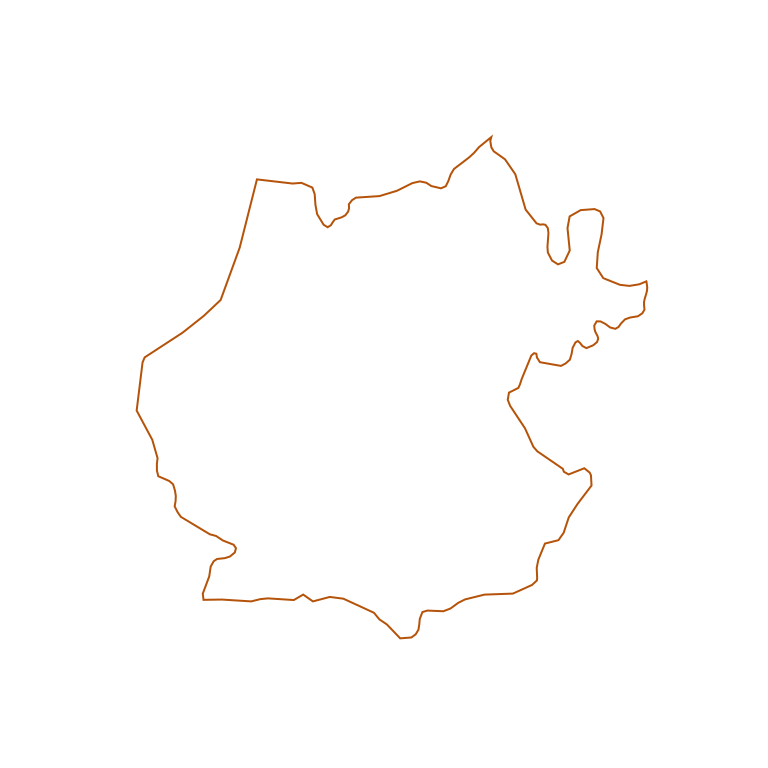 outline of Viljandi, rotated 203°
{"feature_id": "EST-2350", "entity_name": "Viljandi", "entity_type": "County", "adm_level": 1, "iso_a3": "EST", "parent_name": "Estonia", "parent_adm1": "", "projection": "albers", "projection_center": [25.42, 58.32], "detail": "fine", "context": "isolated", "style": "outline", "palette": "amber", "viewbox_px": 768, "rotation_deg": 203, "n_neighbors": 0, "source": "natural_earth", "source_scale": "10m", "svg_char_len": 2506}
<svg xmlns="http://www.w3.org/2000/svg" viewBox="0 0 768 768"><g transform="rotate(203 384 384)"><path d="M297.6,593.6L294.1,591.5L291.6,587.2L287.1,574.0L284.5,569.0L277.6,563.3L270.6,562.1L265.7,566.9L265.2,579.5L276.0,599.2L278.6,610.8L270.9,620.9L258.5,627.3L252.5,627.3L246.8,622.5L242.2,606.8L238.7,588.9L233.5,573.9L223.5,567.1L205.5,567.5L196.4,570.2L188.0,575.5L182.6,581.0L182.4,580.8L179.5,575.9L178.4,572.8L177.8,569.1L177.4,564.9L176.7,561.1L175.3,557.9L173.3,554.3L173.8,550.1L176.7,545.6L183.5,541.3L187.4,537.7L189.5,532.2L190.4,528.1L192.6,525.2L197.9,524.4L203.6,525.8L209.1,526.2L212.7,524.8L213.3,519.9L211.5,516.6L209.9,514.6L206.2,511.6L204.5,509.3L204.3,505.9L206.4,501.6L211.7,496.1L216.2,496.5L219.6,498.4L222.4,499.3L224.0,497.1L224.5,491.0L223.1,485.2L222.4,479.0L224.9,473.8L228.2,469.8L249.0,465.0L253.5,468.1L255.6,471.4L257.9,471.0L259.5,467.8L259.2,442.4L258.7,436.7L258.8,432.9L265.6,424.9L263.9,417.8L259.4,413.2L236.9,398.3L222.0,384.6L216.5,381.9L186.3,375.8L184.1,373.5L178.7,372.9L166.7,384.7L160.0,382.8L157.8,380.8L153.3,371.6L159.0,349.2L161.8,333.4L160.5,317.3L162.4,308.4L173.5,300.0L173.3,282.6L171.6,274.5L167.1,265.0L166.5,262.9L169.2,256.9L183.5,241.4L209.2,229.4L225.2,217.4L230.2,211.5L235.1,203.3L240.6,198.0L255.5,192.4L259.5,189.1L259.3,181.8L257.6,176.5L256.3,171.3L257.0,166.1L259.7,161.4L269.7,156.2L287.4,163.8L296.2,165.5L303.9,169.5L337.5,170.5L350.7,166.8L364.5,156.1L376.1,158.6L382.6,149.9L407.1,141.3L413.7,137.7L421.3,132.0L449.1,122.2L465.8,114.8L468.9,120.2L469.7,138.6L472.2,148.3L471.5,154.3L469.3,157.7L462.5,161.5L458.5,164.9L455.5,170.6L456.1,175.0L459.6,177.3L471.1,177.0L479.3,178.5L485.5,177.6L519.0,182.3L523.7,185.2L528.9,189.6L530.1,194.8L531.9,199.6L534.7,204.1L538.9,209.2L543.7,210.8L555.7,210.9L559.1,215.4L561.8,221.6L563.5,227.3L575.5,242.1L601.3,262.9L614.7,309.6L614.7,315.0L589.5,352.5L576.6,376.1L567.2,397.5L570.1,453.0L580.9,522.7L546.5,532.8L538.6,536.9L526.7,536.8L522.0,531.7L517.1,522.1L511.9,514.2L501.8,507.0L497.1,506.3L494.9,509.5L494.4,512.9L493.6,516.2L488.2,520.8L485.5,524.2L484.4,528.6L484.8,532.0L486.6,535.8L485.2,540.8L482.6,544.6L461.6,555.2L447.5,567.0L436.4,580.0L430.2,584.5L423.7,585.8L417.8,584.7L408.0,586.4L404.4,590.2L404.1,596.0L404.5,602.9L403.6,609.3L394.2,625.8L391.4,632.0L389.1,639.2L381.7,653.2L381.1,649.2L377.7,643.8L374.0,641.1L360.4,638.1L345.1,628.4L330.7,610.8L321.8,599.9L306.4,591.5L302.5,591.7L300.0,593.1L297.6,593.6Z" fill="none" stroke="#b45309" stroke-width="2"/></g></svg>